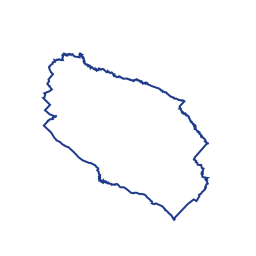 outline of Bukidnon, Bukidnon, Philippines, rotated 133°
{"feature_id": "2640588B97736443103823", "entity_name": "Bukidnon", "entity_type": "district", "adm_level": 2, "iso_a3": "PHL", "parent_name": "Philippines", "parent_adm1": "Bukidnon", "projection": "equal_earth", "projection_center": [124.931, 8.005], "detail": "fine", "context": "isolated", "style": "outline", "palette": "blue", "viewbox_px": 256, "rotation_deg": 133, "n_neighbors": 0, "source": "geoboundaries", "source_scale": "gbopen_adm2", "svg_char_len": 5815}
<svg xmlns="http://www.w3.org/2000/svg" viewBox="0 0 256 256"><g transform="rotate(133 128 128)"><path d="M161.7,32.6L142.8,32.4L135.4,31.2L134.7,28.1L128.9,29.4L128.5,30.5L126.4,29.8L124.6,30.1L120.4,29.8L120.0,30.3L119.3,30.1L118.8,30.9L118.2,30.7L118.0,31.4L117.6,31.2L115.7,32.3L114.3,31.7L113.2,34.0L112.8,36.4L111.7,36.6L111.5,35.8L111.3,36.2L110.4,35.9L112.8,39.7L112.9,40.4L112.1,41.4L110.9,41.7L110.9,42.0L111.4,41.9L111.6,42.3L111.4,43.0L111.0,43.4L109.9,42.7L109.5,43.0L109.2,44.1L108.0,44.0L106.8,45.0L106.4,45.0L106.6,45.8L106.4,46.1L106.9,46.8L105.1,49.3L106.5,50.6L107.3,52.1L106.2,53.5L106.8,55.1L105.6,55.6L105.7,57.5L106.2,57.9L106.0,58.5L103.4,59.1L85.9,59.7L85.0,59.0L84.7,59.1L85.2,60.6L84.8,61.5L84.9,61.9L85.3,62.0L85.3,62.6L84.5,62.4L84.1,62.9L83.7,66.1L84.1,67.0L83.8,67.7L84.6,68.2L84.2,69.0L83.7,68.7L83.3,69.0L83.2,70.9L83.6,71.8L83.1,72.4L82.5,72.5L82.5,73.3L82.9,73.4L82.7,74.4L83.2,74.5L82.6,77.4L83.3,78.5L82.8,78.9L82.2,78.4L81.8,78.6L81.6,79.4L81.9,80.6L81.5,81.1L80.7,80.9L80.4,80.1L80.2,80.3L80.2,80.9L80.8,81.7L80.3,82.8L80.9,83.1L80.4,84.7L80.6,85.6L80.0,85.6L79.9,85.9L80.3,87.1L79.8,87.6L79.8,88.5L79.0,89.5L79.0,90.6L78.2,91.2L78.1,92.5L78.9,93.5L78.4,94.2L78.3,95.2L79.0,94.8L78.9,96.4L79.5,96.6L79.7,97.3L79.6,97.6L79.2,97.0L78.9,98.0L79.7,98.2L80.0,98.7L79.4,99.9L79.0,100.0L78.7,101.8L78.0,102.6L78.4,103.2L78.0,103.1L78.0,103.8L77.5,104.0L77.3,104.7L76.6,105.0L70.0,105.0L70.4,106.9L70.9,107.4L71.5,107.4L72.2,109.4L72.9,109.8L73.5,112.6L74.7,113.9L75.0,114.8L74.6,115.1L74.7,115.6L74.9,115.7L75.6,117.6L76.0,118.0L75.8,119.3L76.2,120.5L76.0,122.3L76.3,122.8L75.9,123.8L76.2,124.4L76.1,124.8L76.6,125.1L77.4,127.3L77.7,127.4L77.2,128.1L77.6,128.7L77.6,129.4L78.1,129.8L77.8,130.7L77.8,131.8L80.7,138.2L82.6,143.4L82.6,144.1L82.3,144.3L82.2,143.9L82.0,144.4L82.1,144.9L82.4,144.8L82.5,145.3L82.6,144.9L82.6,145.4L83.1,145.5L83.1,145.8L83.7,145.5L83.9,146.7L84.2,146.6L84.7,147.4L84.9,147.1L85.4,147.3L84.9,149.3L85.1,149.4L84.6,149.7L84.7,150.5L85.7,150.6L86.0,151.4L85.7,152.1L86.0,153.6L86.4,153.5L86.6,154.7L86.9,154.5L87.0,155.0L88.6,156.1L88.8,155.8L89.5,156.3L89.7,155.9L90.2,156.1L90.4,158.0L91.1,159.1L91.4,159.1L91.7,159.9L91.5,160.4L92.2,161.6L92.4,161.6L92.6,162.6L95.3,165.2L95.4,166.6L95.8,167.1L95.8,168.5L96.1,169.5L96.5,169.8L97.0,169.6L97.0,170.2L98.5,170.9L98.7,172.7L99.6,173.5L99.5,174.0L99.3,173.9L98.8,175.1L98.2,174.9L98.7,176.4L98.5,177.9L100.1,178.7L100.1,181.1L100.4,180.8L101.6,181.4L101.5,182.1L101.9,182.8L101.6,183.4L101.9,185.2L101.6,185.9L102.5,187.2L103.6,187.5L103.8,188.0L104.1,187.4L104.0,189.0L105.1,189.0L105.0,189.5L105.5,189.2L106.1,189.8L106.4,189.7L106.5,190.3L107.3,190.2L106.9,191.2L107.6,191.2L107.8,191.8L107.2,192.7L108.0,192.7L108.3,194.2L107.9,195.5L108.3,196.2L108.7,195.6L109.2,196.0L108.9,196.8L109.6,196.6L108.8,198.1L109.4,198.8L109.2,199.2L108.9,199.0L108.8,199.6L109.1,200.0L110.0,199.7L109.9,200.2L109.3,200.2L109.2,200.8L110.3,202.2L110.0,202.4L110.1,203.4L110.5,203.9L110.1,204.8L109.5,204.8L109.5,205.6L109.0,205.4L108.4,205.9L108.4,206.7L108.1,206.9L107.9,207.9L107.1,208.0L107.1,208.8L107.6,209.5L107.3,210.3L106.7,210.1L106.7,211.1L107.0,211.6L106.6,212.1L106.0,211.9L106.3,212.5L105.8,213.0L106.0,213.8L105.6,214.2L107.7,213.5L108.0,212.4L109.1,211.7L109.1,212.2L109.5,212.1L110.1,212.7L112.0,215.7L112.3,217.3L111.8,218.8L112.6,219.3L113.4,220.7L113.6,220.4L113.8,221.3L114.5,221.2L114.4,221.5L115.2,222.5L115.9,222.1L116.1,222.5L116.2,222.1L116.8,222.0L117.2,223.2L117.0,223.3L117.3,223.7L116.9,223.9L116.8,224.5L117.0,225.1L117.3,224.7L118.0,224.9L118.6,225.7L119.2,225.0L119.1,225.4L119.5,225.5L119.5,224.8L119.9,224.4L120.1,224.6L120.3,224.2L121.6,223.7L122.4,222.4L122.5,222.7L122.9,222.2L124.0,223.2L124.6,225.0L125.1,225.6L125.7,225.5L126.5,226.5L126.8,226.3L127.7,226.7L128.3,227.9L128.5,227.3L128.8,227.4L129.5,226.7L129.8,227.4L131.2,227.7L131.4,227.3L132.0,227.3L132.4,227.0L135.2,227.5L136.8,227.0L137.0,227.4L137.3,227.3L138.2,226.1L139.7,222.5L139.8,219.6L146.8,219.2L147.6,217.6L150.6,217.2L151.2,214.3L150.9,214.1L151.2,213.8L151.3,212.1L151.7,211.2L151.7,210.0L154.9,210.6L159.7,212.9L159.9,211.4L163.1,209.8L163.9,210.4L164.2,200.8L171.6,200.8L171.4,194.7L169.6,190.1L168.5,188.8L169.3,188.5L170.6,189.9L171.8,190.1L172.3,189.0L172.7,189.0L175.0,191.1L176.6,191.2L176.8,191.5L177.2,191.5L177.0,191.2L183.7,191.2L183.7,181.1L185.4,175.1L185.4,173.3L185.8,172.1L184.7,168.4L184.6,164.0L184.1,162.8L184.0,161.3L182.7,158.7L182.6,151.3L183.1,143.7L182.5,139.0L180.1,132.7L179.0,131.4L177.6,126.3L178.1,124.6L177.8,122.5L178.2,121.7L179.9,121.7L179.9,119.6L180.5,119.2L181.3,117.8L181.4,116.2L181.8,115.9L182.1,116.5L182.5,115.7L183.0,115.8L183.1,115.4L183.4,115.7L183.7,114.9L183.8,115.2L183.8,114.9L184.2,114.8L184.4,115.2L185.1,114.7L184.9,114.3L185.2,113.8L185.1,113.2L185.6,113.5L186.0,113.1L185.4,112.7L185.6,112.2L185.2,112.1L185.3,111.4L184.9,111.6L185.0,110.8L184.6,110.5L184.8,110.0L184.4,110.1L184.6,109.9L184.4,109.6L184.5,109.2L184.1,109.4L184.3,109.1L183.8,108.5L183.3,109.0L183.1,108.4L182.6,108.6L182.4,108.1L182.9,107.9L183.0,107.1L182.2,106.9L182.5,106.3L182.3,105.3L182.0,105.3L182.0,104.9L181.5,105.0L181.6,104.5L181.2,104.1L180.9,102.6L180.4,102.2L180.5,101.7L180.2,101.8L179.9,100.6L178.7,99.6L178.7,99.1L177.9,98.5L177.5,98.7L176.5,98.0L176.3,96.3L176.6,93.3L174.1,90.4L173.6,86.9L173.3,81.8L172.2,79.7L170.7,78.9L169.4,77.3L168.4,74.4L167.1,73.4L165.3,70.2L165.3,68.1L165.7,67.4L165.4,62.9L165.8,61.7L165.4,60.7L166.3,59.0L166.8,59.0L165.9,56.9L164.2,56.3L161.9,49.8L161.9,47.7L162.2,46.8L162.2,45.3L162.5,45.0L162.2,44.8L162.4,44.2L162.2,41.6L162.6,40.3L162.4,39.6L162.5,37.6L162.2,36.7L162.9,35.2L162.8,34.7L163.3,33.1L163.5,33.1L163.7,31.7L163.1,31.7L163.2,32.0L162.9,32.1L163.1,32.5L162.9,33.0L161.7,32.6Z" fill="none" stroke="#1e3a8a" stroke-width="2"/></g></svg>